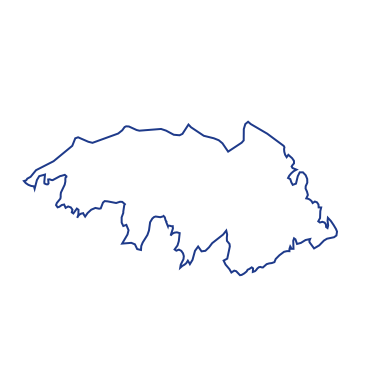 SVG path tracing the border of Corse-du-Sud, rotated 306°
{"feature_id": "FRA-5281", "entity_name": "Corse-du-Sud", "entity_type": "Metropolitan department", "adm_level": 1, "iso_a3": "FRA", "parent_name": "France", "parent_adm1": "", "projection": "equal_earth", "projection_center": [8.909, 41.876], "detail": "fine", "context": "isolated", "style": "outline", "palette": "blue", "viewbox_px": 384, "rotation_deg": 306, "n_neighbors": 0, "source": "natural_earth", "source_scale": "10m", "svg_char_len": 3571}
<svg xmlns="http://www.w3.org/2000/svg" viewBox="0 0 384 384"><g transform="rotate(306 192 192)"><path d="M281.8,196.1L281.5,199.6L283.4,218.6L283.2,239.1L282.5,240.5L280.9,241.2L278.8,243.0L276.9,245.4L275.8,248.1L278.7,248.1L278.2,253.1L277.1,256.2L275.1,257.7L272.9,257.5L271.2,257.6L270.5,259.2L271.5,263.4L268.6,262.0L265.4,261.3L262.3,261.1L259.8,261.5L260.2,263.9L258.2,266.7L257.0,269.3L259.9,271.2L266.9,268.3L271.2,267.6L273.1,270.2L272.4,274.1L270.3,277.5L267.3,279.8L263.5,280.6L261.5,281.9L259.9,284.8L257.7,287.5L254.0,288.2L254.9,290.2L255.1,292.2L254.9,294.1L254.0,296.1L256.5,297.0L257.1,299.2L256.2,301.7L254.0,303.5L255.4,305.6L252.0,307.0L246.2,310.9L242.5,311.4L242.5,313.4L244.5,315.0L245.2,317.2L244.5,319.4L242.5,321.1L242.5,322.8L245.0,321.8L248.4,318.6L251.0,317.1L250.2,321.3L248.5,326.0L246.7,330.2L245.2,332.6L241.7,334.4L238.9,333.5L233.6,328.7L230.3,327.3L223.6,326.3L218.1,323.9L220.4,316.7L221.4,315.7L223.4,315.2L219.9,312.1L214.8,310.0L211.7,307.5L214.5,303.5L214.5,301.8L212.0,302.6L205.7,307.5L204.3,305.6L204.8,305.0L205.0,304.8L205.3,304.5L205.7,303.5L203.5,304.2L202.6,304.7L201.4,305.6L199.9,303.5L197.7,301.6L192.2,299.9L187.0,299.1L183.7,299.9L181.4,298.3L179.6,296.4L177.5,294.8L172.6,293.7L172.0,292.7L171.6,291.4L170.4,290.3L168.4,289.8L166.7,289.8L165.0,289.5L163.1,288.2L166.1,286.3L166.1,284.6L163.4,283.6L161.8,282.7L159.8,282.9L156.8,282.1L154.1,280.9L152.9,279.7L153.9,274.3L153.2,272.4L150.0,271.2L151.6,267.6L153.0,261.8L155.1,257.9L158.8,259.7L170.2,254.6L172.0,252.9L173.0,249.0L175.4,247.1L178.3,245.4L180.9,242.4L175.9,242.2L162.5,238.4L157.3,238.3L152.3,237.4L149.6,234.6L151.5,229.0L146.2,229.0L137.4,232.3L132.4,232.7L132.9,231.7L134.0,229.0L131.0,229.2L128.7,228.6L126.5,227.6L123.8,227.0L126.6,225.6L132.6,224.6L135.3,223.1L137.1,220.8L138.1,217.9L137.7,215.3L135.3,213.8L135.3,211.7L140.2,211.7L144.5,210.2L151.5,206.2L150.5,203.5L148.8,201.7L146.7,200.6L144.2,200.3L151.3,198.0L153.0,196.5L152.4,195.9L151.7,194.0L150.8,192.4L150.1,192.7L152.6,188.7L153.0,188.7L153.6,187.2L155.5,184.9L155.9,183.1L155.4,183.0L153.0,181.2L151.7,178.7L150.8,177.0L149.4,176.0L147.2,175.5L142.9,175.9L135.6,179.8L131.0,181.2L122.2,181.8L118.5,182.7L115.1,184.8L113.6,181.2L116.1,176.6L115.2,172.8L109.2,165.8L119.7,164.8L123.8,163.1L126.8,158.2L124.1,156.4L125.9,153.1L130.1,150.0L134.7,148.7L135.8,147.9L141.6,144.9L142.7,144.9L143.0,141.4L141.8,139.5L138.5,137.1L134.8,129.2L133.3,126.7L131.1,126.2L125.1,127.8L123.9,126.7L122.3,123.2L118.5,120.9L113.6,119.9L109.3,120.0L110.3,117.4L110.9,116.4L109.3,115.0L107.5,114.2L105.6,114.0L103.6,114.3L105.7,113.8L107.5,113.0L110.9,110.6L110.9,108.6L104.9,108.6L104.9,106.7L107.4,105.7L108.3,103.0L107.5,100.3L104.9,99.1L106.7,95.9L104.9,94.3L102.1,93.4L100.6,92.3L101.5,89.7L103.7,89.1L109.3,89.4L110.9,88.6L112.5,87.4L114.5,86.3L123.1,84.7L126.0,83.4L128.2,81.8L129.4,81.2L130.4,81.5L130.9,81.2L131.1,79.0L128.0,76.6L127.6,76.1L119.7,72.3L119.1,71.3L118.6,69.4L117.6,68.3L114.6,70.9L113.4,70.8L112.6,69.6L112.2,67.6L113.3,66.6L119.7,62.8L115.0,59.1L110.5,59.5L102.1,62.8L103.7,60.8L102.4,58.4L101.6,55.4L101.5,52.2L102.1,49.6L104.0,51.0L106.0,50.9L109.4,52.5L118.0,53.0L135.5,61.9L159.0,68.0L166.8,66.0L169.3,67.7L171.7,78.6L173.3,82.6L195.9,97.9L200.9,99.3L204.9,99.3L206.4,100.1L207.9,102.4L209.6,110.8L210.7,113.4L224.8,129.9L226.4,134.9L227.6,143.6L230.6,148.6L233.4,150.1L244.5,149.5L243.8,153.1L244.4,168.5L248.3,178.1L249.6,183.2L249.3,188.0L245.9,197.5L261.1,203.2L264.1,203.5L273.4,196.9L278.3,195.2L281.8,196.1Z" fill="none" stroke="#1e3a8a" stroke-width="2"/></g></svg>